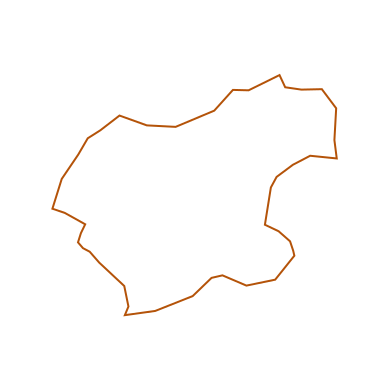 Karabük, Equal Earth projection, rotated 17°
{"feature_id": "TUR-5520", "entity_name": "Karabük", "entity_type": "Province", "adm_level": 1, "iso_a3": "TUR", "parent_name": "Turkey", "parent_adm1": "", "projection": "equal_earth", "projection_center": [32.657, 41.183], "detail": "fine", "context": "isolated", "style": "outline", "palette": "amber", "viewbox_px": 384, "rotation_deg": 17, "n_neighbors": 0, "source": "natural_earth", "source_scale": "10m", "svg_char_len": 677}
<svg xmlns="http://www.w3.org/2000/svg" viewBox="0 0 384 384"><g transform="rotate(17 192 192)"><path d="M163.8,329.4L164.7,320.1L154.7,301.7L124.0,286.7L111.6,279.0L104.2,277.6L97.7,273.5L97.8,263.8L99.3,254.1L76.5,249.2L63.4,248.8L63.6,217.6L72.3,189.4L76.6,171.1L86.3,159.8L100.3,140.1L129.3,141.5L157.3,134.5L189.5,107.7L201.3,82.4L216.4,78.2L241.5,54.6L250.5,64.6L266.7,62.1L286.1,55.7L305.4,69.8L313.0,100.7L320.6,117.6L294.4,122.8L280.5,136.5L268.5,152.8L266.1,164.6L271.3,202.0L286.3,204.2L300.2,210.5L305.9,218.5L308.5,223.0L297.2,251.5L271.4,265.6L245.5,262.8L235.8,268.4L223.1,291.3L191.6,316.5L163.8,329.4Z" fill="none" stroke="#b45309" stroke-width="2"/></g></svg>